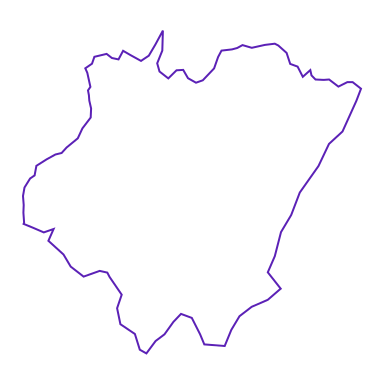 outline of Nata, Paphos, Cyprus
{"feature_id": "46923920B19030754340251", "entity_name": "Nata", "entity_type": "district", "adm_level": 2, "iso_a3": "CYP", "parent_name": "Cyprus", "parent_adm1": "Paphos", "projection": "natural_earth1", "projection_center": [32.562, 34.775], "detail": "fine", "context": "isolated", "style": "outline", "palette": "violet", "viewbox_px": 384, "rotation_deg": 0, "n_neighbors": 0, "source": "geoboundaries", "source_scale": "gbopen_adm2", "svg_char_len": 1352}
<svg xmlns="http://www.w3.org/2000/svg" viewBox="0 0 384 384"><path d="M23.6,223.9L32.9,227.7L43.8,232.4L53.6,229.0L48.4,240.8L63.5,254.5L70.7,266.6L83.6,276.6L99.7,270.9L107.3,272.6L109.6,277.0L121.7,294.7L117.1,308.2L120.4,324.2L134.9,334.0L139.8,349.7L145.3,352.8L146.4,353.4L155.6,341.0L164.5,334.3L173.4,321.9L181.0,313.9L191.8,317.9L200.1,334.3L204.3,344.4L224.7,346.0L231.3,329.9L239.5,316.2L251.7,306.8L267.8,299.8L279.6,289.6L280.7,288.7L267.8,272.3L274.8,256.2L281.0,232.1L291.2,215.0L299.8,192.5L318.5,166.0L329.0,143.9L342.5,131.5L353.4,107.4L356.3,101.0L358.3,95.8L361.0,88.7L352.6,82.1L347.4,82.1L338.4,86.6L329.1,79.5L323.7,79.9L315.5,79.5L311.5,75.4L310.3,70.1L302.8,76.8L297.6,66.6L290.2,63.9L286.6,52.9L278.3,45.5L274.8,43.7L264.9,44.9L251.8,47.8L242.5,45.1L237.2,48.0L232.0,49.4L221.5,50.6L218.1,57.0L214.1,68.4L202.8,80.3L196.0,82.7L188.0,78.2L183.2,69.9L176.5,70.3L168.3,78.4L159.5,71.5L157.2,63.3L162.3,50.6L162.9,30.6L155.4,44.5L148.8,55.7L141.0,60.9L130.5,55.1L123.1,50.8L118.5,59.4L111.9,58.0L106.6,53.9L94.4,56.8L92.0,63.7L85.3,68.3L87.3,72.8L90.4,86.9L88.0,90.4L88.9,95.2L89.3,100.6L91.1,108.5L90.7,117.5L82.4,128.4L77.8,138.3L66.6,147.5L61.6,153.0L55.4,154.5L46.7,159.3L36.4,165.8L34.6,175.4L30.1,178.5L24.5,187.5L23.0,196.0L23.7,205.0L23.4,212.7L24.1,222.6L23.6,223.9Z" fill="none" stroke="#5b21b6" stroke-width="2"/></svg>